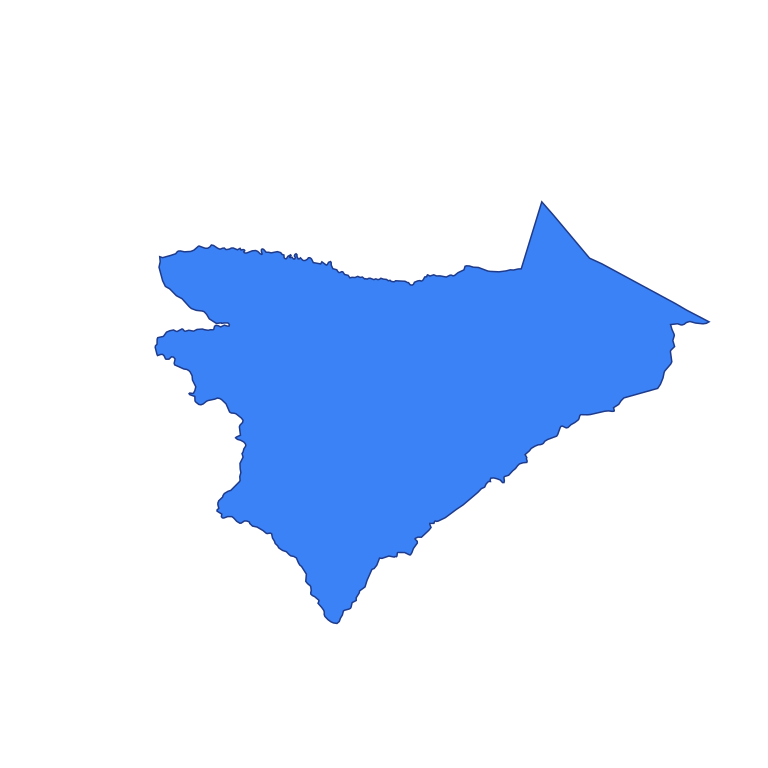 the district of Boquete, Chiriquí, Panama, rotated 118°
{"feature_id": "35544464B71515803064888", "entity_name": "Boquete", "entity_type": "district", "adm_level": 2, "iso_a3": "PAN", "parent_name": "Panama", "parent_adm1": "Chiriquí", "projection": "robinson", "projection_center": [-82.389, 8.74], "detail": "fine", "context": "isolated", "style": "filled", "palette": "blue", "viewbox_px": 768, "rotation_deg": 118, "n_neighbors": 0, "source": "geoboundaries", "source_scale": "gbopen_adm2", "svg_char_len": 6171}
<svg xmlns="http://www.w3.org/2000/svg" viewBox="0 0 768 768"><g transform="rotate(118 384 384)"><path d="M176.5,126.2L176.7,151.6L176.2,163.7L175.6,248.1L176.4,261.6L155.2,314.1L149.1,330.2L217.9,316.9L219.4,319.5L222.6,323.2L223.9,326.1L226.9,329.4L231.0,335.2L234.7,343.1L235.5,345.3L236.8,355.4L238.9,359.9L239.7,364.0L240.9,366.6L242.0,367.7L245.7,367.0L250.9,370.9L255.1,372.7L256.1,373.8L256.2,375.5L256.8,376.7L260.3,379.2L262.2,385.2L264.0,388.5L264.2,391.3L267.1,394.1L267.1,396.7L267.8,397.0L269.2,396.7L270.4,398.3L273.6,398.3L275.1,398.9L275.7,399.5L275.8,400.8L277.2,402.7L279.9,404.9L282.2,404.8L283.5,405.6L284.1,407.4L283.0,410.0L283.4,410.8L283.4,413.6L287.4,422.2L288.8,422.9L289.2,423.5L290.0,425.7L289.6,427.3L290.8,428.7L290.5,430.9L291.7,433.8L292.1,436.4L293.6,437.1L294.7,438.3L295.0,440.6L296.6,442.0L297.1,445.9L298.1,447.4L299.3,448.0L299.6,449.6L300.3,450.4L299.7,453.3L301.1,455.1L301.3,457.7L303.6,459.6L304.8,462.3L306.3,464.0L304.9,466.7L305.8,470.2L304.3,473.1L304.7,474.1L306.3,475.3L306.7,476.1L306.4,477.6L305.3,479.3L306.2,483.3L303.8,486.4L301.5,487.7L301.0,488.7L302.6,490.1L305.1,490.1L306.1,490.7L305.3,496.2L307.7,496.3L310.0,503.4L307.7,506.6L307.3,508.0L307.5,509.2L308.1,510.0L309.7,510.2L311.9,511.5L312.8,513.1L312.8,514.1L311.8,517.0L313.2,517.5L313.8,518.6L312.2,520.7L310.6,521.6L310.3,522.8L311.3,523.4L312.6,523.4L313.3,523.0L313.9,521.6L315.6,521.6L316.1,522.7L315.3,524.7L316.4,525.9L316.5,526.7L316.1,527.0L314.3,526.3L313.8,527.1L316.4,528.8L319.1,529.0L319.6,529.5L319.7,530.6L319.4,531.5L317.1,532.9L317.4,534.8L316.5,536.9L317.2,540.3L321.2,545.2L321.8,547.6L323.0,549.9L321.7,553.3L321.7,554.5L322.3,555.2L323.1,555.3L324.5,554.5L326.4,552.6L327.1,553.0L327.1,554.6L326.2,557.8L326.4,560.0L328.3,562.9L332.7,566.7L333.6,568.1L333.6,569.1L333.1,569.9L331.7,569.5L331.2,570.2L331.4,571.5L332.8,573.1L331.8,574.8L334.3,576.4L334.7,581.0L335.7,582.7L337.4,583.8L339.0,585.8L339.5,586.9L338.9,588.8L339.9,590.3L342.0,592.1L342.2,594.7L341.7,599.5L342.3,601.7L344.8,602.1L347.0,603.5L348.1,605.7L349.0,612.1L349.6,612.6L355.1,614.7L357.7,616.9L361.0,622.3L362.1,626.2L363.2,628.0L364.2,628.6L366.8,629.1L370.6,632.7L376.4,638.8L376.9,641.8L381.1,639.0L386.5,637.5L396.7,628.0L400.5,622.8L400.6,617.9L403.5,608.8L403.5,602.4L407.2,592.2L407.8,589.5L407.1,584.3L404.9,578.8L404.6,576.7L405.8,573.3L408.5,568.9L409.2,560.3L406.4,556.5L406.7,556.1L406.5,555.5L405.2,553.9L403.4,550.6L403.8,549.0L404.3,548.3L405.7,548.1L406.4,549.4L407.0,552.6L410.3,555.0L410.4,557.9L411.3,560.1L412.6,560.7L415.6,560.0L416.5,560.5L417.5,562.7L419.1,564.4L420.3,567.9L420.7,570.1L423.6,574.7L426.7,576.9L428.2,581.6L430.8,584.3L430.9,585.2L430.1,587.2L430.2,588.2L434.7,591.3L435.1,592.3L435.1,595.2L437.6,598.2L440.3,600.4L445.5,601.1L449.3,605.5L450.8,605.4L455.4,603.1L457.7,603.7L459.1,603.2L464.6,598.2L465.2,597.3L462.6,594.9L461.8,593.4L462.4,591.3L464.4,588.7L464.4,588.0L463.0,585.5L459.7,584.4L459.1,582.4L460.0,580.2L464.2,579.0L465.4,577.8L464.7,567.7L463.7,565.0L463.8,562.6L464.2,561.1L466.8,557.3L470.4,555.0L474.8,548.9L478.6,547.9L481.5,547.9L482.2,548.6L483.2,551.3L484.1,551.6L484.6,550.4L483.8,545.2L487.7,542.9L488.4,541.4L489.0,538.0L488.3,535.9L486.5,534.3L482.7,532.7L481.2,531.6L476.7,526.2L474.6,524.5L473.9,522.2L474.0,520.1L475.7,514.1L481.2,507.2L481.3,505.3L480.1,502.4L479.8,500.6L481.0,494.1L482.2,491.4L484.3,490.8L487.8,491.8L489.7,491.6L496.6,486.7L500.2,489.5L501.2,489.8L501.7,487.4L501.0,484.3L501.0,480.7L501.8,478.5L502.9,477.3L504.0,477.0L507.1,477.3L510.3,476.5L512.1,476.7L514.7,474.1L521.7,473.9L526.5,471.1L529.4,468.8L533.4,467.9L536.9,465.7L538.5,465.9L549.8,469.3L552.0,471.4L555.7,473.6L558.1,473.8L559.5,473.4L564.7,475.1L567.0,474.8L568.6,474.0L571.3,471.5L573.7,472.3L574.7,471.6L575.0,466.2L577.5,465.3L578.1,463.8L577.5,462.5L574.4,459.7L572.5,456.0L572.8,454.1L574.4,449.5L574.6,445.9L573.8,444.7L570.4,442.9L569.3,440.5L569.1,438.0L570.2,437.0L571.2,433.4L569.9,429.0L570.2,421.9L571.1,417.9L570.9,416.9L569.0,414.4L569.0,412.9L572.3,410.2L574.3,406.8L575.9,405.2L576.8,401.9L578.1,400.0L578.6,395.5L577.9,391.5L579.2,387.6L579.5,385.6L578.6,382.7L578.7,379.7L582.0,375.7L583.4,373.4L583.8,371.2L588.3,363.3L595.0,360.4L596.1,357.9L596.6,355.6L596.5,354.9L597.4,353.5L600.5,351.3L602.7,350.7L603.9,349.9L604.4,347.9L604.3,345.4L605.4,340.4L606.0,339.6L608.6,339.3L610.5,334.2L612.2,330.8L613.4,329.7L615.7,328.5L617.0,327.0L618.4,322.8L618.9,319.3L618.7,316.5L617.5,313.1L614.7,312.0L611.3,312.5L607.5,312.3L603.4,313.3L602.2,312.5L599.0,309.1L597.7,308.3L596.5,308.3L592.0,309.5L588.2,306.9L585.8,308.2L580.2,307.8L578.1,308.4L572.1,305.5L565.2,306.8L553.9,307.6L553.1,307.5L551.6,306.1L547.5,305.3L539.8,306.2L538.9,303.9L533.6,298.9L532.0,293.7L531.1,293.2L530.7,292.0L529.8,291.8L526.9,292.9L526.2,292.6L523.1,286.6L522.9,281.2L522.4,280.4L519.8,280.2L515.5,280.8L508.8,279.9L507.3,280.8L506.4,283.7L505.8,284.0L503.3,282.2L501.7,279.0L492.1,275.7L488.6,275.1L486.3,277.8L485.6,278.1L483.6,274.5L481.8,274.8L480.9,274.5L480.6,273.0L479.6,271.8L473.2,267.1L460.7,261.2L453.6,257.4L435.5,250.2L430.7,248.9L427.8,246.7L424.4,246.9L422.0,246.3L420.9,245.8L420.1,244.2L419.0,245.2L417.0,245.5L415.4,243.0L414.6,239.7L414.2,236.3L415.4,233.1L414.7,231.8L413.1,232.2L410.3,234.2L409.2,234.2L406.0,231.1L400.2,229.6L396.9,228.2L393.4,227.7L391.0,226.9L388.3,224.3L386.2,221.1L384.9,221.4L383.1,223.2L381.9,223.4L380.1,226.3L374.6,224.2L371.8,223.8L368.0,221.5L365.3,219.3L364.0,217.3L362.6,216.0L361.4,215.4L359.1,215.2L356.1,213.4L349.0,207.1L347.1,206.9L339.6,208.0L338.2,207.8L337.4,206.7L337.2,202.5L336.0,201.1L332.1,199.8L328.4,197.4L324.7,195.7L323.5,195.5L319.9,196.3L318.7,195.9L315.5,189.6L314.1,187.5L304.4,176.3L302.3,173.1L301.1,169.8L300.1,168.2L299.4,168.2L297.1,170.2L291.8,167.2L287.5,166.8L283.7,165.7L259.4,140.3L254.4,139.8L247.7,140.5L242.2,142.1L240.7,142.2L231.8,140.2L229.3,140.3L220.8,146.4L219.7,146.6L214.5,145.0L210.0,149.4L205.0,150.4L203.8,151.3L200.6,155.4L197.0,158.9L193.0,153.1L192.4,149.5L191.9,148.5L190.3,147.0L187.8,145.9L185.2,143.3L183.9,137.5L181.1,130.6L179.1,127.9L176.5,126.2Z" fill="#3b82f6" stroke="#1e3a8a" stroke-width="1.5"/></g></svg>